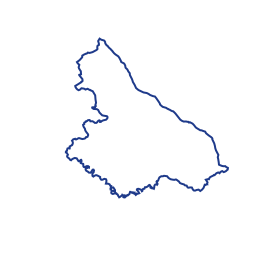 outline of Monywa, Sagaing, Myanmar, rotated 149°
{"feature_id": "60261553B28979630774365", "entity_name": "Monywa", "entity_type": "district", "adm_level": 2, "iso_a3": "MMR", "parent_name": "Myanmar", "parent_adm1": "Sagaing", "projection": "robinson", "projection_center": [95.327, 22.213], "detail": "fine", "context": "isolated", "style": "outline", "palette": "blue", "viewbox_px": 256, "rotation_deg": 149, "n_neighbors": 0, "source": "geoboundaries", "source_scale": "gbopen_adm2", "svg_char_len": 5796}
<svg xmlns="http://www.w3.org/2000/svg" viewBox="0 0 256 256"><g transform="rotate(149 128 128)"><path d="M106.3,219.2L108.8,217.9L109.5,215.3L110.1,214.2L111.7,214.2L112.6,213.3L113.3,212.0L113.4,211.5L114.1,211.2L115.2,211.1L119.3,211.3L122.2,212.1L123.6,213.3L123.9,213.1L125.2,213.1L125.4,213.3L127.8,213.6L129.9,213.6L130.9,212.2L134.6,211.1L137.8,210.8L137.8,209.5L137.2,207.2L139.0,205.5L139.3,204.4L139.3,202.2L139.2,201.0L140.6,198.2L142.4,198.7L142.6,198.3L141.9,193.4L142.4,192.3L142.8,191.7L144.3,191.6L144.4,191.3L151.6,191.2L151.9,190.3L151.9,188.5L151.5,187.0L150.8,185.8L149.1,185.6L148.2,185.9L147.4,186.0L145.6,184.5L145.0,183.8L144.7,182.9L142.4,182.4L141.3,180.4L141.0,180.2L140.9,179.9L140.7,179.9L140.2,178.9L139.3,177.7L139.3,172.9L141.1,169.3L142.4,166.1L144.0,164.6L144.3,163.4L144.8,163.3L144.9,163.5L145.4,162.9L147.1,163.6L147.9,164.1L148.3,163.8L148.1,163.0L147.5,161.9L145.1,160.3L144.3,158.8L144.5,155.9L143.6,152.2L142.5,151.1L140.0,149.0L139.9,147.9L140.8,146.9L142.5,146.4L145.3,147.3L147.4,147.5L148.2,147.2L148.8,147.6L148.3,148.2L148.5,149.2L149.4,149.5L150.8,149.2L151.4,148.8L152.5,148.7L153.8,149.5L154.4,151.2L155.1,152.2L156.8,153.1L156.8,154.6L158.2,155.3L159.5,155.1L160.8,155.4L161.1,155.0L162.6,155.1L163.0,154.9L163.5,153.9L164.8,153.9L165.2,153.0L165.4,151.7L165.3,149.6L165.9,147.8L165.8,145.7L165.5,143.7L165.7,142.5L167.3,141.3L168.8,141.8L169.8,141.2L171.2,141.4L172.9,142.1L175.2,144.6L176.3,144.8L178.0,144.8L178.2,145.0L178.6,145.1L178.9,145.5L178.9,146.0L180.8,146.5L181.5,146.2L182.5,146.0L182.6,144.4L183.0,143.5L184.2,142.4L184.6,142.4L184.9,142.1L186.1,142.2L187.5,142.2L188.1,141.1L188.2,140.8L188.6,140.5L189.2,141.3L190.4,141.6L191.0,141.1L192.1,139.9L192.4,139.9L193.1,139.9L193.5,139.6L193.5,139.3L193.8,139.0L193.3,138.5L193.3,136.0L194.7,135.3L194.9,134.3L194.5,133.0L194.1,132.2L194.0,130.5L193.7,130.0L193.4,129.9L193.3,129.7L192.4,130.0L190.6,130.0L189.0,129.7L187.6,128.4L187.5,125.0L186.8,124.6L184.9,125.0L184.5,124.8L184.8,123.6L186.1,123.0L186.2,122.8L186.5,122.7L186.6,122.3L184.9,120.3L185.4,119.1L185.9,118.5L186.0,117.5L185.5,116.8L183.1,116.6L181.8,115.8L181.4,114.8L181.9,114.1L182.6,114.8L183.7,114.7L184.1,115.0L184.6,115.1L184.8,115.2L185.8,114.1L185.8,112.9L184.8,111.1L184.5,109.9L183.0,108.9L179.8,110.5L179.0,110.1L179.0,109.1L180.0,108.1L180.2,107.8L180.5,107.7L181.6,107.4L182.7,106.2L183.1,105.0L182.7,104.2L181.7,104.3L180.3,104.2L179.6,104.0L178.7,103.0L177.1,100.4L177.7,99.4L177.7,97.8L177.6,97.5L177.3,97.2L176.9,97.1L176.7,96.9L176.1,96.7L175.1,96.7L174.3,96.5L173.2,95.3L173.5,94.1L174.7,92.5L175.6,91.7L175.2,91.4L174.0,90.7L173.4,90.1L172.8,89.1L172.9,87.6L172.3,86.9L174.4,84.9L174.6,84.2L174.2,84.0L173.2,85.2L171.9,85.0L171.2,84.6L171.1,81.5L171.8,80.3L172.2,80.6L173.3,82.0L174.2,82.2L174.8,82.1L175.6,81.3L175.8,80.5L175.1,79.4L174.5,79.1L173.7,79.0L173.2,78.8L172.6,78.8L171.6,78.1L171.5,77.5L171.8,77.2L171.1,76.2L171.4,74.7L171.2,73.9L171.3,73.1L171.0,73.0L170.2,73.1L168.0,73.3L167.5,73.6L167.4,72.7L167.1,71.8L167.6,71.1L167.2,70.6L166.5,70.1L166.1,70.2L166.0,70.8L166.2,71.3L166.1,71.2L166.4,72.1L166.1,72.4L165.4,71.9L165.6,70.5L165.0,70.4L164.0,70.8L163.8,70.5L163.1,70.4L162.9,70.6L162.6,70.4L162.3,70.7L161.0,70.5L159.1,72.2L158.5,71.8L158.2,70.7L157.7,70.4L157.1,70.4L157.2,69.8L156.1,69.4L156.6,69.0L156.4,68.8L156.4,68.4L155.4,68.0L155.9,67.5L155.8,66.6L154.3,66.9L153.3,66.6L152.0,66.3L152.0,67.1L151.9,68.6L152.3,70.2L152.0,70.8L151.6,70.9L150.7,70.7L150.0,70.2L149.7,69.7L148.7,68.6L148.6,67.7L148.7,66.6L148.2,66.6L147.5,67.4L146.4,68.0L145.2,67.5L143.9,68.5L142.8,67.8L140.9,67.8L139.8,68.2L139.0,68.2L138.6,67.6L138.8,66.9L138.5,66.0L139.3,65.8L139.4,65.2L138.6,65.0L138.6,64.3L138.1,64.3L137.8,63.3L137.3,63.0L137.1,62.6L136.4,63.2L135.6,64.3L134.9,65.1L133.8,65.5L133.0,65.3L132.4,64.8L132.3,64.4L131.5,64.8L131.3,65.5L131.4,66.6L131.2,67.3L130.6,67.6L130.3,67.2L129.3,67.4L127.3,69.0L126.3,69.5L124.3,69.5L122.9,68.6L121.8,68.5L119.3,66.5L119.0,64.3L117.9,62.2L116.3,60.7L115.1,59.8L115.0,59.7L113.4,59.2L112.6,57.7L112.2,56.5L111.9,56.0L111.8,54.1L110.9,52.8L109.0,50.7L108.8,49.6L107.4,48.4L107.5,46.4L107.1,45.8L106.5,45.5L105.4,45.1L103.9,44.1L103.9,43.7L104.1,42.0L103.8,40.6L102.8,39.8L101.0,39.5L99.2,38.8L98.5,36.8L96.3,37.0L94.0,37.8L91.4,39.9L90.8,39.5L90.7,39.2L89.8,39.2L89.4,39.4L89.0,39.0L88.6,39.8L87.8,40.5L87.9,43.6L87.1,43.4L86.7,43.1L85.7,43.0L85.0,42.4L83.8,43.3L82.7,43.6L79.2,43.3L78.6,43.5L78.1,43.0L75.5,43.7L73.9,43.5L73.7,43.3L73.3,43.2L72.8,42.1L71.9,42.5L70.4,42.7L69.4,42.5L68.7,40.9L67.8,40.7L66.4,40.6L65.3,40.8L64.6,41.0L64.0,41.0L63.2,41.9L62.9,42.4L63.8,43.7L64.3,45.2L65.9,46.1L66.9,47.0L68.6,49.2L68.9,49.7L67.8,52.1L67.3,53.4L66.6,55.1L66.1,56.7L64.4,58.4L64.1,63.5L63.6,65.7L62.7,68.0L62.0,70.5L61.6,74.8L61.1,75.5L61.1,76.3L61.4,77.3L62.7,80.2L63.8,83.3L63.7,85.1L65.5,87.2L66.1,88.1L67.2,88.8L69.4,93.0L69.7,94.2L69.9,96.2L70.4,98.5L72.0,101.1L72.6,101.1L73.0,101.3L73.2,102.3L74.0,102.8L74.9,103.7L76.9,104.8L78.1,106.4L78.9,108.3L79.9,116.1L80.6,118.9L81.5,119.8L82.4,121.2L82.8,122.1L83.5,123.0L83.7,123.5L83.9,123.6L84.0,123.9L84.3,124.2L84.9,125.6L87.4,128.3L88.2,130.7L88.4,131.7L88.1,132.5L88.1,134.0L88.4,138.9L88.7,141.1L90.3,142.6L92.1,145.0L92.8,146.6L93.9,148.3L96.4,150.5L99.5,155.2L100.5,158.1L100.1,161.6L100.1,165.0L99.7,166.4L99.4,168.0L99.1,172.2L98.8,173.1L98.3,174.0L98.6,176.3L98.4,178.6L99.0,180.6L98.9,181.4L98.2,183.0L98.1,184.9L98.3,185.7L99.2,187.0L99.4,187.4L99.8,188.1L99.5,189.4L99.3,192.3L99.4,194.4L100.8,197.4L101.4,199.2L101.6,200.5L101.7,201.7L101.8,201.7L101.9,202.9L102.2,203.8L102.3,204.9L102.7,205.7L103.1,207.5L103.2,209.0L103.8,209.9L103.7,210.6L103.9,211.7L103.7,212.8L103.3,213.5L103.3,214.9L103.5,215.4L105.4,217.4L106.3,219.2Z" fill="none" stroke="#1e3a8a" stroke-width="2"/></g></svg>